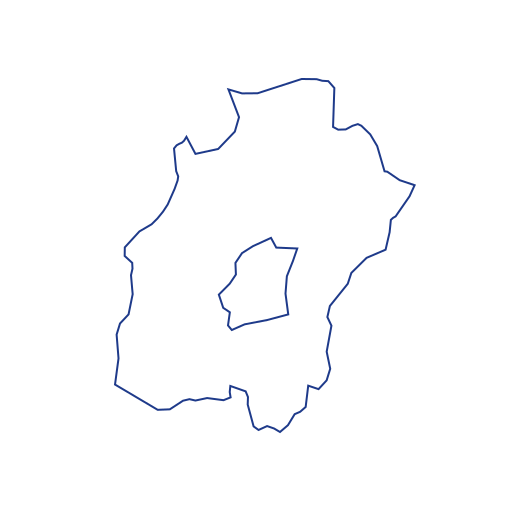 the County of Fejér, rotated 214°
{"feature_id": "HUN-3162", "entity_name": "Fejér", "entity_type": "County", "adm_level": 1, "iso_a3": "HUN", "parent_name": "Hungary", "parent_adm1": "", "projection": "mercator", "projection_center": [18.516, 47.132], "detail": "fine", "context": "isolated", "style": "outline", "palette": "blue", "viewbox_px": 512, "rotation_deg": 214, "n_neighbors": 0, "source": "natural_earth", "source_scale": "10m", "svg_char_len": 1494}
<svg xmlns="http://www.w3.org/2000/svg" viewBox="0 0 512 512"><g transform="rotate(214 256 256)"><path d="M152.1,333.7L163.3,316.3L167.5,295.3L164.4,284.3L166.8,255.9L162.7,245.3L154.5,240.4L143.9,216.2L131.4,204.0L127.9,192.4L129.7,180.6L140.2,177.7L130.4,158.6L132.3,151.5L135.5,146.5L134.9,133.6L137.7,123.5L144.6,123.1L151.7,121.2L156.6,113.2L162.7,113.4L179.8,128.2L183.8,134.6L188.9,138.0L204.6,133.9L201.7,128.5L198.0,124.6L202.3,118.3L217.1,110.9L225.4,102.3L231.1,100.1L235.6,95.2L241.7,80.7L251.5,73.5L301.0,70.6L312.7,94.2L327.6,112.9L331.0,124.0L329.0,136.3L336.9,155.4L340.5,159.8L348.9,170.2L351.3,176.4L354.8,181.1L364.9,182.6L369.6,189.8L366.4,211.2L360.3,223.9L358.7,231.9L357.9,240.8L358.0,249.3L361.0,266.1L363.2,274.7L365.0,278.5L369.6,281.7L384.1,299.3L383.7,303.4L382.3,306.2L380.8,308.5L380.1,311.3L380.3,315.9L363.3,306.8L347.2,323.6L343.1,347.3L347.7,361.6L372.0,378.7L358.5,383.0L345.7,391.8L317.1,428.3L304.6,436.5L299.1,438.3L293.8,441.4L285.0,439.1L264.3,406.1L258.5,406.7L252.4,411.1L248.8,417.9L245.3,422.3L241.5,422.9L229.3,420.7L217.0,414.9L196.8,398.1L194.3,399.3L179.3,399.2L164.1,403.4L162.1,391.4L162.4,366.9L163.7,364.3L164.4,361.4L158.5,350.4L152.1,333.7ZM246.2,194.7L240.4,182.8L234.7,181.1L227.2,193.0L211.0,209.1L196.6,225.6L210.5,241.3L219.1,256.5L222.6,272.6L226.0,285.3L243.9,274.3L253.7,279.4L264.0,262.5L269.2,250.6L269.2,238.8L262.3,229.4L262.3,218.4L265.2,203.2L254.2,194.7L246.2,194.7Z" fill="none" stroke="#1e3a8a" stroke-width="2"/></g></svg>